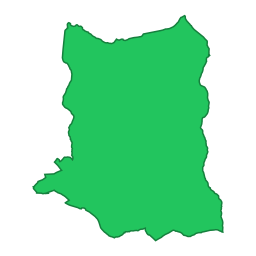 the district of Berbesti, Vâlcea, Romania
{"feature_id": "2599482B91990864320571", "entity_name": "Berbesti", "entity_type": "district", "adm_level": 2, "iso_a3": "ROU", "parent_name": "Romania", "parent_adm1": "Vâlcea", "projection": "orthographic", "projection_center": [23.88, 44.99], "detail": "fine", "context": "isolated", "style": "filled", "palette": "green", "viewbox_px": 256, "rotation_deg": 0, "n_neighbors": 0, "source": "geoboundaries", "source_scale": "gbopen_adm2", "svg_char_len": 5744}
<svg xmlns="http://www.w3.org/2000/svg" viewBox="0 0 256 256"><path d="M222.8,232.1L222.6,230.6L222.8,227.4L222.4,225.6L222.7,224.1L222.8,222.5L222.5,220.8L221.0,216.8L221.0,216.1L221.4,214.9L221.6,213.4L221.5,212.6L221.3,211.8L220.9,211.2L220.8,210.4L221.2,209.5L221.4,208.7L221.4,208.3L221.2,207.6L221.6,206.8L221.7,206.4L221.4,205.3L221.8,203.6L221.8,202.1L220.7,200.1L218.9,198.6L218.7,198.0L218.6,196.0L218.5,195.8L216.7,194.1L214.6,193.2L214.0,191.9L213.2,191.2L212.0,190.5L210.9,189.7L210.3,188.7L210.3,187.9L209.3,187.5L208.2,185.9L208.0,183.5L207.8,182.8L207.2,181.8L205.6,180.0L205.3,178.5L204.6,177.3L204.6,176.7L203.5,172.2L203.0,171.5L202.7,170.7L202.7,167.4L203.0,166.7L203.8,165.6L203.9,165.1L203.8,163.1L204.1,162.1L204.8,160.6L205.0,159.5L205.6,158.5L206.2,157.7L206.5,156.9L206.5,155.1L207.6,152.6L207.8,151.6L207.4,150.7L207.3,149.5L207.6,148.3L207.5,147.8L207.2,147.1L206.5,146.3L206.2,145.2L206.1,143.7L205.9,142.5L206.0,141.6L206.0,140.9L205.4,139.9L204.8,137.9L204.7,137.4L204.2,136.9L203.6,135.1L202.7,133.2L202.7,130.9L202.5,130.3L202.1,129.7L200.7,128.4L200.5,127.7L200.6,127.2L201.7,124.1L202.1,120.9L202.0,120.0L202.2,118.8L202.5,118.0L202.9,117.6L204.6,117.0L205.8,115.6L207.1,113.9L207.6,112.9L208.1,111.2L208.2,109.8L208.8,107.9L208.5,106.2L209.0,103.4L209.1,102.4L208.9,101.7L208.2,100.5L207.6,98.3L207.5,97.1L207.7,95.5L207.7,93.4L207.1,91.1L206.0,89.4L205.9,88.9L204.7,87.2L204.2,86.9L201.9,85.9L201.0,85.5L200.3,84.9L199.4,82.5L199.2,80.8L199.8,77.9L200.4,77.0L201.1,75.0L201.4,73.7L202.1,72.5L202.5,71.6L203.0,69.6L203.1,68.1L203.3,67.4L204.5,65.6L204.8,64.8L205.6,63.6L206.1,62.2L206.6,61.3L206.6,61.2L206.4,61.1L206.3,59.1L206.5,58.9L206.6,57.9L207.0,57.4L208.3,56.8L208.5,56.4L209.1,55.9L209.1,55.5L209.6,55.4L209.4,55.0L208.8,55.3L208.6,55.1L209.0,53.2L208.9,51.8L209.1,48.9L208.9,48.4L207.9,47.0L207.7,46.2L207.1,45.4L207.1,43.9L207.2,43.3L207.2,42.4L207.2,41.5L207.1,41.0L204.7,38.6L203.5,37.1L194.1,29.5L192.2,27.3L191.3,25.7L190.5,25.2L189.6,23.9L188.7,23.1L188.2,22.4L187.3,21.6L186.0,19.7L185.5,18.8L185.2,17.1L185.3,16.7L184.9,15.8L185.2,15.4L183.2,16.4L182.2,17.1L181.0,17.4L179.9,18.9L178.5,21.6L178.1,22.2L177.5,22.8L176.8,23.4L176.4,24.0L174.6,25.8L172.9,27.0L169.4,28.6L166.9,29.0L165.7,29.0L162.7,30.1L160.1,30.7L143.4,34.0L142.2,35.8L141.3,36.5L137.6,37.2L133.9,37.6L129.1,38.7L127.8,39.6L125.3,40.5L123.4,40.2L122.9,39.2L122.6,39.2L121.4,39.2L119.1,40.2L117.3,39.6L116.5,39.1L116.2,39.4L115.8,40.3L115.0,41.1L114.2,42.4L112.5,43.3L111.2,43.6L110.1,43.3L109.2,43.4L107.6,42.7L106.2,42.9L104.9,42.6L102.3,41.2L101.5,40.2L100.7,39.5L97.8,38.4L97.1,38.5L96.0,38.1L95.3,37.4L92.5,35.9L90.8,34.1L90.3,33.9L88.8,33.1L88.2,32.1L86.8,31.8L84.8,30.9L84.0,30.1L82.9,29.6L82.5,28.7L82.4,27.6L81.0,26.3L80.7,26.2L79.1,26.4L78.6,26.2L77.3,24.9L76.9,24.8L76.2,25.0L75.3,26.0L74.6,26.2L73.4,26.4L71.5,25.7L70.7,25.1L70.4,24.7L70.5,23.8L69.9,23.2L68.8,22.7L67.8,23.4L67.4,24.2L67.3,24.6L67.7,28.0L67.0,28.3L66.8,28.9L65.4,30.0L65.0,30.7L63.1,49.1L62.4,57.8L63.0,60.2L63.7,61.7L65.8,63.0L66.5,63.0L67.2,63.4L68.3,64.9L69.2,66.9L69.8,67.9L69.9,68.8L71.0,70.1L71.3,70.7L71.5,72.3L71.9,73.9L71.9,74.4L71.4,80.3L70.3,81.9L69.5,83.4L68.8,85.4L68.0,86.5L67.4,88.0L66.6,89.0L66.4,90.3L65.5,93.0L63.4,96.3L63.2,97.2L63.4,98.9L63.1,101.3L62.6,102.5L62.6,104.1L62.9,104.7L64.7,107.1L66.1,108.1L67.3,108.5L70.6,111.2L71.0,111.8L71.4,113.1L72.3,114.3L73.5,115.4L73.9,116.5L73.9,117.0L73.8,117.8L73.2,119.5L72.3,121.5L72.0,122.7L71.1,124.2L70.1,125.0L69.6,126.3L68.8,127.7L69.0,128.1L69.4,129.9L69.2,130.5L68.7,131.2L68.5,132.1L68.6,133.3L68.9,134.2L68.9,135.2L69.3,135.9L70.1,136.8L70.2,137.8L70.5,138.5L70.3,139.2L70.9,140.0L71.4,141.5L71.9,142.0L72.0,142.3L72.1,143.3L71.7,145.2L71.6,147.0L71.8,147.6L72.4,148.6L72.0,149.4L72.0,150.6L71.8,151.6L72.1,152.7L72.0,153.9L72.0,154.4L71.7,155.2L72.9,157.1L72.9,158.3L72.7,159.4L72.5,159.8L71.0,158.1L70.0,157.4L67.7,157.0L66.1,157.3L64.5,157.2L64.1,157.5L62.4,159.6L60.8,161.1L59.8,161.7L59.5,161.4L59.4,160.3L59.2,159.8L57.6,158.6L57.1,158.7L56.4,159.5L56.4,159.9L56.2,160.1L54.5,162.1L57.9,165.5L61.1,169.8L61.6,170.3L56.6,172.4L54.0,173.9L44.8,174.4L45.7,177.5L42.7,179.7L38.0,181.5L37.8,182.5L35.4,184.9L34.1,186.5L33.2,186.9L33.8,187.7L33.5,188.6L36.6,192.1L36.6,193.0L41.7,193.2L42.1,193.5L43.0,193.7L45.4,193.3L45.7,193.3L45.7,193.5L48.1,193.3L47.5,192.6L54.3,190.2L55.4,191.3L56.6,191.8L57.6,192.6L61.2,193.9L62.7,195.0L64.3,195.9L65.6,196.9L69.1,200.2L65.3,202.8L65.4,203.0L68.8,204.8L70.4,205.4L76.4,207.2L78.1,207.7L79.7,208.6L81.3,208.8L81.6,208.1L82.4,207.9L83.8,208.0L84.5,208.2L85.4,208.9L85.8,210.1L89.8,212.2L90.4,212.8L94.9,216.3L97.5,219.1L98.3,220.6L99.0,222.3L100.7,227.8L101.7,229.1L104.5,232.1L105.5,232.7L106.4,233.6L107.9,234.7L109.2,236.0L109.8,236.1L110.9,236.6L112.1,236.8L114.4,237.8L115.2,237.2L115.9,236.9L116.3,236.8L117.0,237.1L117.8,236.8L118.6,236.7L119.6,236.4L120.4,235.6L121.5,235.3L122.6,234.5L123.6,233.4L124.2,232.5L124.8,232.8L125.5,231.7L127.4,231.8L128.5,231.6L129.4,231.7L130.5,230.9L131.0,230.8L133.1,230.9L134.6,230.6L136.5,230.4L137.8,230.7L138.5,230.5L139.3,229.8L140.2,229.4L141.2,229.2L143.0,229.1L143.8,228.6L145.3,228.2L145.3,229.8L145.5,230.7L146.2,231.8L146.7,233.0L147.7,234.3L148.4,234.9L149.6,235.0L150.0,235.4L152.9,238.0L155.6,240.6L158.4,238.9L161.6,237.2L162.2,236.5L165.0,234.6L168.7,232.9L172.7,230.4L173.4,230.2L174.6,230.5L175.7,231.2L176.9,231.2L178.0,231.7L180.1,232.2L181.7,233.1L183.7,235.2L186.1,235.7L187.5,236.4L188.5,236.5L190.6,236.4L191.6,235.6L194.3,234.7L195.9,233.4L196.3,233.3L198.4,232.7L201.5,232.6L202.3,231.9L203.6,231.8L210.0,230.3L214.0,230.0L215.6,229.7L217.4,229.8L218.4,230.2L219.9,231.0L220.8,231.2L221.6,231.8L222.8,232.1Z" fill="#22c55e" stroke="#15803d" stroke-width="1.5"/></svg>